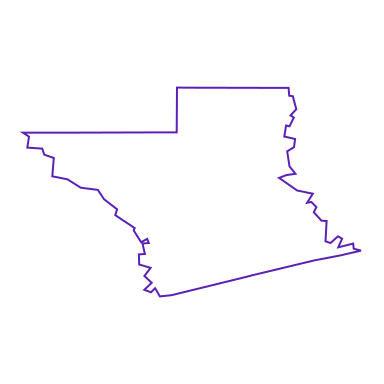 Grant, Louisiana, United States of America
{"feature_id": "52423323B37806009634223", "entity_name": "Grant", "entity_type": "district", "adm_level": 2, "iso_a3": "USA", "parent_name": "United States of America", "parent_adm1": "Louisiana", "projection": "mercator", "projection_center": [-92.542, 31.593], "detail": "fine", "context": "isolated", "style": "outline", "palette": "violet", "viewbox_px": 384, "rotation_deg": 0, "n_neighbors": 0, "source": "geoboundaries", "source_scale": "gbopen_adm2", "svg_char_len": 986}
<svg xmlns="http://www.w3.org/2000/svg" viewBox="0 0 384 384"><path d="M23.0,132.7L29.0,136.6L27.3,147.6L42.2,148.6L44.3,154.7L53.8,158.0L52.3,176.3L67.4,179.3L80.7,187.7L97.9,189.9L104.0,199.2L117.1,209.3L115.3,215.2L134.7,228.1L133.7,230.4L141.1,242.2L147.2,238.9L148.8,243.0L142.5,243.5L144.9,254.0L138.9,254.4L139.2,264.5L150.6,267.9L144.4,276.0L151.7,282.8L144.3,289.8L151.0,292.3L155.1,288.2L159.9,296.4L171.5,295.2L250.5,275.8L251.7,275.4L314.3,260.4L340.9,255.3L361.0,250.6L353.7,248.7L353.2,243.6L338.3,247.3L342.1,238.7L338.0,236.3L330.5,243.0L325.5,241.3L326.6,221.0L321.5,220.7L313.8,212.2L316.4,207.1L311.4,202.0L307.1,202.8L312.8,193.7L297.1,190.5L279.1,177.9L286.4,175.1L295.5,173.8L289.5,166.4L287.2,151.4L294.0,147.1L295.1,139.0L284.3,136.5L286.1,125.5L289.5,126.3L293.8,117.6L290.5,115.4L296.3,109.2L292.8,96.2L289.2,95.7L288.6,87.9L194.4,87.7L177.0,87.6L176.7,130.9L176.7,132.4L156.0,132.4L58.4,132.7L23.0,132.7Z" fill="none" stroke="#5b21b6" stroke-width="2"/></svg>